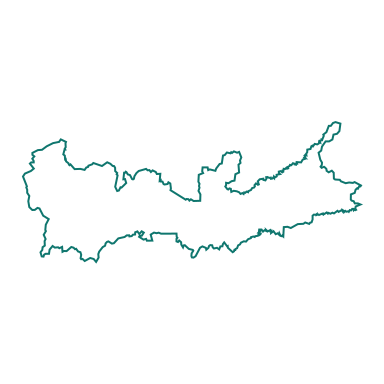 outline of Tena, Napo, Ecuador
{"feature_id": "8360857B35780226802256", "entity_name": "Tena", "entity_type": "district", "adm_level": 2, "iso_a3": "ECU", "parent_name": "Ecuador", "parent_adm1": "Napo", "projection": "natural_earth1", "projection_center": [-77.608, -0.944], "detail": "fine", "context": "isolated", "style": "outline", "palette": "teal", "viewbox_px": 384, "rotation_deg": 0, "n_neighbors": 0, "source": "geoboundaries", "source_scale": "gbopen_adm2", "svg_char_len": 6032}
<svg xmlns="http://www.w3.org/2000/svg" viewBox="0 0 384 384"><path d="M353.4,208.9L353.7,210.1L354.2,209.5L355.2,210.2L356.1,209.8L355.3,208.5L355.7,206.5L360.5,204.5L357.9,203.4L354.8,203.4L353.7,201.2L351.6,200.6L350.8,199.5L350.9,194.4L354.7,192.9L355.6,189.7L357.2,188.2L357.9,188.7L359.2,186.4L360.4,186.4L361.0,185.5L354.6,182.1L352.9,182.9L349.1,182.5L345.7,183.2L340.9,181.3L339.8,179.8L335.1,179.5L333.9,178.6L333.7,172.7L331.8,170.7L328.7,172.3L326.6,170.8L326.4,169.0L325.1,167.6L324.0,166.8L321.6,167.8L320.6,166.7L321.8,165.0L322.0,162.6L320.3,159.7L318.6,152.7L321.2,150.6L322.0,146.6L325.6,141.4L329.1,141.4L332.4,139.5L333.5,134.6L337.0,133.8L339.4,131.1L340.4,123.6L335.5,122.1L333.0,123.0L330.8,125.9L328.8,125.9L326.4,132.2L323.3,134.6L323.8,135.8L322.4,139.2L321.6,139.3L321.9,140.3L319.8,140.7L320.2,142.5L319.1,141.8L318.9,143.4L317.3,144.4L314.7,143.9L313.0,146.3L312.5,145.6L311.4,146.2L310.5,149.0L307.3,149.6L307.2,152.3L306.2,153.7L306.4,155.1L305.5,154.6L304.5,155.7L305.2,156.7L306.0,156.4L304.5,157.5L305.3,158.2L304.4,158.1L304.8,158.9L302.7,159.6L301.1,162.4L296.8,162.1L297.1,163.7L295.9,163.6L295.9,164.7L294.6,164.4L294.5,162.9L294.2,163.7L293.0,163.2L291.3,165.2L290.0,164.9L289.6,166.0L287.8,166.9L288.2,168.3L287.0,168.7L286.3,167.8L285.1,169.0L283.7,168.8L283.5,170.2L282.8,170.4L283.3,171.7L282.2,172.4L280.8,171.1L278.8,171.6L278.9,173.1L280.0,174.1L276.6,174.8L276.7,176.4L275.0,177.4L274.1,176.6L274.1,178.1L273.4,177.4L272.5,178.5L271.0,178.8L270.8,177.6L269.3,177.9L267.3,177.0L266.2,177.2L266.6,178.4L265.4,180.4L263.4,179.9L263.3,178.7L259.7,179.3L257.8,181.3L258.8,184.4L257.9,184.8L256.0,183.4L254.5,185.2L254.9,186.3L254.1,187.5L252.1,188.1L251.0,190.0L248.3,191.2L248.1,192.2L246.5,191.6L245.3,192.8L244.2,192.4L243.6,194.0L242.4,193.1L240.5,193.9L239.2,192.3L236.8,191.3L233.7,190.8L231.3,191.9L230.8,188.8L229.4,188.4L228.3,189.5L227.4,189.2L225.3,186.5L226.1,185.2L226.1,182.8L228.5,183.2L231.6,181.2L234.5,180.6L235.4,174.2L239.1,172.5L238.5,164.7L240.5,162.9L240.0,160.5L241.3,157.4L239.1,151.9L237.1,152.7L233.9,151.4L232.1,152.9L231.2,152.2L230.5,153.3L226.9,152.5L224.7,155.1L223.0,155.5L221.8,163.5L219.6,164.0L216.2,168.5L215.4,170.8L209.8,169.4L208.2,170.1L207.6,167.4L202.6,167.4L202.2,171.3L203.1,173.1L198.8,174.8L198.4,181.7L199.5,183.8L199.0,186.0L199.5,187.7L198.5,190.9L200.4,194.4L200.2,200.8L193.6,201.0L190.9,199.3L189.4,200.6L188.4,199.2L186.6,199.0L185.7,199.7L170.5,190.2L170.9,188.4L170.3,183.5L168.4,182.3L167.6,184.0L164.5,184.5L163.6,184.1L162.5,181.6L160.7,181.5L160.7,180.2L159.7,180.8L160.3,173.8L156.8,174.0L155.8,172.0L152.6,170.4L150.9,172.0L149.4,170.1L147.6,170.3L146.1,168.9L138.7,171.0L136.4,173.1L134.4,176.3L133.9,178.8L133.0,179.4L132.1,179.1L130.0,175.1L127.8,174.4L126.4,172.1L125.7,171.7L124.9,172.9L124.1,172.8L123.4,179.3L125.0,179.1L126.2,183.0L121.5,187.6L120.5,187.3L118.9,190.5L117.2,191.0L115.2,186.8L117.6,175.3L116.6,174.3L117.2,173.0L115.2,171.1L115.1,167.8L114.1,166.1L112.6,165.9L110.4,163.8L107.2,162.3L102.0,166.0L93.3,163.0L92.2,164.3L88.4,165.7L88.1,166.9L86.3,167.5L84.6,169.9L80.4,168.9L74.6,169.1L70.5,164.4L69.6,165.2L69.0,164.7L68.4,163.2L66.1,161.4L65.7,159.0L65.1,159.3L64.8,155.6L63.3,154.4L64.5,149.7L65.2,149.6L64.7,148.8L65.7,147.2L65.5,143.3L66.0,141.9L60.8,139.4L59.1,141.9L53.1,143.1L46.7,146.3L42.0,149.8L37.9,150.1L32.4,152.9L32.4,154.8L34.3,156.4L32.3,158.7L33.7,161.0L33.7,162.4L31.2,162.4L29.9,163.6L33.8,168.6L30.9,171.0L24.9,173.6L23.0,176.5L26.9,186.4L26.3,187.4L27.2,189.7L27.2,192.8L29.3,196.0L28.3,201.2L29.3,207.1L32.3,210.0L34.8,209.9L37.5,207.9L39.5,208.5L43.2,215.7L48.7,219.1L45.8,224.7L45.3,230.0L45.9,231.1L43.7,234.8L45.6,239.0L44.6,241.1L44.8,245.6L42.6,247.2L42.3,249.9L40.5,252.3L41.7,256.4L43.5,256.6L44.1,254.7L45.5,253.8L49.0,253.8L49.6,249.6L52.6,246.0L54.8,247.6L58.1,247.3L59.3,248.2L62.1,246.9L62.5,251.8L64.0,251.0L66.6,251.1L71.3,247.0L73.6,247.7L75.0,249.2L76.1,248.8L78.1,251.5L80.4,252.2L81.2,254.8L80.6,258.3L81.2,259.2L82.5,258.9L84.7,261.0L90.2,258.0L93.7,259.0L96.1,261.9L98.6,257.6L98.3,254.1L99.2,251.6L102.7,247.1L105.1,245.7L105.6,243.4L107.0,241.9L108.4,241.4L111.9,243.6L113.9,243.2L118.3,238.4L124.6,237.0L126.7,235.4L129.1,235.3L129.4,236.4L131.7,236.1L132.9,234.7L135.1,234.5L135.2,232.3L137.4,231.4L139.3,234.0L141.7,231.3L143.8,232.6L141.8,235.7L139.7,235.8L139.1,236.8L143.5,239.6L146.1,238.9L146.9,240.7L152.3,240.6L150.7,234.6L154.0,232.6L156.6,233.2L158.7,232.7L161.1,233.7L176.5,233.6L176.7,236.9L177.4,237.8L176.5,238.8L176.5,241.4L178.0,242.0L179.2,240.5L181.1,242.2L181.3,244.6L183.0,247.4L183.7,245.4L184.8,245.2L188.8,248.9L192.8,249.9L193.3,250.7L191.6,253.4L191.4,256.0L191.9,257.4L193.5,257.6L195.6,256.2L200.0,247.8L202.4,246.4L205.9,247.9L206.3,249.7L208.4,247.9L209.1,245.9L210.3,245.1L212.2,245.3L212.7,247.3L213.9,248.5L217.0,247.8L219.2,249.4L220.4,246.4L222.4,246.3L222.9,244.1L224.2,242.4L227.2,246.4L227.7,246.1L227.9,247.8L232.7,252.2L234.0,251.3L234.4,249.9L235.3,250.0L235.5,249.0L237.1,248.2L238.1,245.4L240.0,244.4L240.9,242.7L243.8,241.3L246.0,241.6L248.1,239.2L250.9,238.1L251.0,237.2L253.3,236.5L254.7,237.0L255.2,236.2L257.9,235.8L258.5,234.4L259.3,235.1L260.4,234.3L260.7,233.5L258.4,232.8L260.3,231.0L259.0,231.1L259.2,229.5L261.5,229.5L263.0,231.6L264.6,230.2L266.3,231.0L266.1,229.9L267.7,231.4L270.2,230.1L270.3,231.2L271.3,230.8L271.1,233.0L273.5,231.2L275.7,234.2L277.7,233.3L278.9,234.5L279.3,233.2L280.5,235.9L281.6,235.9L281.5,236.9L282.4,235.5L283.3,236.4L283.8,227.1L287.5,226.8L290.8,228.0L297.8,224.1L303.4,223.8L305.2,222.5L309.2,223.9L310.1,222.7L311.6,222.3L312.6,219.4L312.6,215.7L313.9,214.6L315.7,214.8L316.7,214.1L316.6,215.0L318.1,214.4L319.0,215.0L321.8,213.8L323.2,214.5L323.4,213.5L324.4,214.0L326.6,212.5L327.8,213.6L328.2,212.8L330.5,213.7L332.4,212.7L334.0,213.4L337.5,210.8L338.6,211.9L341.7,210.1L342.3,210.9L342.3,209.9L344.2,211.1L344.3,211.9L345.3,210.9L346.3,211.7L348.3,211.3L348.8,211.8L349.8,210.1L351.1,210.4L352.2,208.9L353.4,208.9Z" fill="none" stroke="#0f766e" stroke-width="2"/></svg>